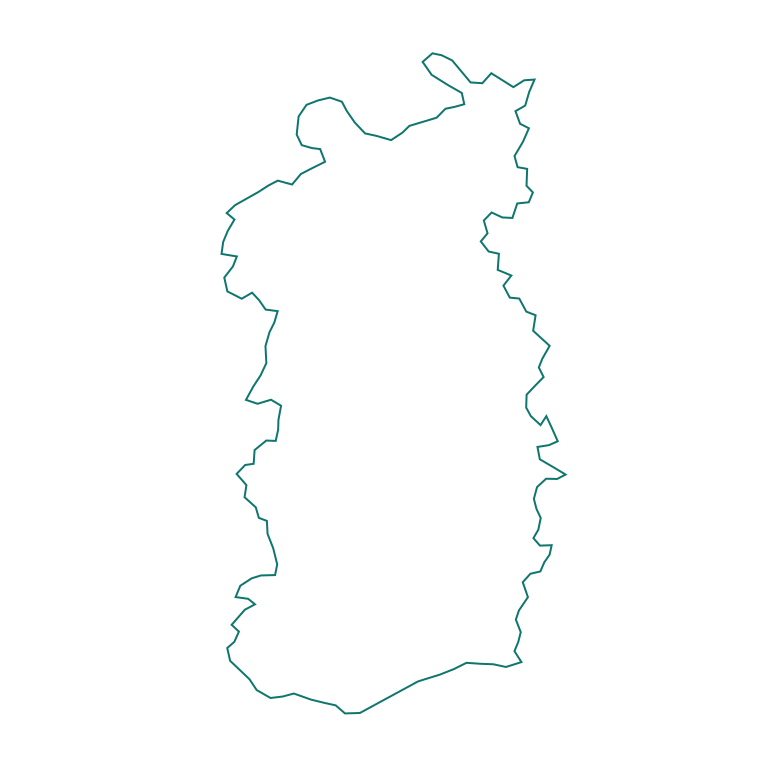 Selbach, Rio Grande do Sul, Brazil (Mercator projection), rotated 176°
{"feature_id": "56859067B5172394452496", "entity_name": "Selbach", "entity_type": "district", "adm_level": 2, "iso_a3": "BRA", "parent_name": "Brazil", "parent_adm1": "Rio Grande do Sul", "projection": "mercator", "projection_center": [-52.981, -28.675], "detail": "fine", "context": "isolated", "style": "outline", "palette": "teal", "viewbox_px": 768, "rotation_deg": 176, "n_neighbors": 0, "source": "geoboundaries", "source_scale": "gbopen_adm2", "svg_char_len": 2356}
<svg xmlns="http://www.w3.org/2000/svg" viewBox="0 0 768 768"><g transform="rotate(176 384 384)"><path d="M452.3,599.3L461.8,589.4L475.8,594.3L485.6,590.0L495.9,584.3L507.7,578.7L520.1,572.8L529.0,565.5L521.7,558.5L529.2,547.6L534.5,537.0L537.0,525.1L521.9,521.5L526.5,511.8L535.9,501.3L533.8,487.3L520.0,479.0L509.2,484.3L502.8,476.4L496.9,466.5L485.0,464.1L489.1,453.0L494.6,443.7L499.6,430.1L499.9,413.1L506.5,401.2L514.5,390.7L522.8,377.8L511.5,373.1L497.8,376.2L488.2,369.5L491.8,355.6L492.8,345.7L496.0,334.8L505.4,335.8L517.7,327.1L519.6,313.5L528.1,312.9L537.3,304.6L528.3,292.7L531.0,280.8L520.5,269.9L518.2,259.2L510.4,255.6L510.6,242.6L506.0,227.9L503.1,211.5L506.0,201.0L520.0,201.6L529.5,199.4L541.4,192.8L546.9,181.8L534.5,179.2L528.1,173.2L538.6,168.5L552.8,154.4L546.0,147.1L551.3,137.2L558.8,131.6L556.8,118.6L545.9,106.7L538.8,98.9L532.4,87.6L519.1,78.7L506.9,79.3L495.5,81.5L478.7,74.2L465.5,70.0L454.6,66.8L445.9,58.1L431.0,57.5L370.9,84.9L362.2,87.0L348.5,90.2L334.0,94.8L321.2,100.1L306.7,98.1L294.5,96.8L282.1,93.2L266.3,97.0L272.5,108.4L268.1,117.2L264.9,126.9L268.9,139.8L265.2,148.7L255.3,161.3L259.4,176.6L251.2,184.5L241.1,186.1L236.5,195.0L230.7,202.2L228.0,211.5L239.7,211.9L245.7,219.8L240.2,227.9L237.0,239.4L240.6,248.7L242.5,259.0L238.5,270.5L228.9,278.2L217.9,277.2L209.2,281.0L220.7,289.1L233.8,298.0L235.3,310.5L223.7,311.5L214.7,314.8L219.0,326.7L224.3,340.6L230.7,332.1L239.7,341.6L243.8,350.5L242.5,363.4L233.0,372.1L224.3,379.8L228.4,389.7L224.3,398.2L216.1,410.5L231.5,426.7L228.0,442.0L237.0,446.3L243.1,459.8L252.5,461.4L258.0,473.8L249.4,483.3L262.6,489.9L260.3,505.9L270.4,508.9L277.5,519.5L270.2,527.1L273.0,540.1L264.7,547.6L254.4,541.9L244.3,540.7L238.5,554.8L226.9,555.2L222.1,564.7L228.0,571.8L226.2,588.6L235.6,591.0L237.9,602.3L228.5,615.9L221.6,629.0L230.1,634.1L233.8,647.0L223.7,651.9L218.8,665.2L212.6,677.2L223.0,677.2L234.2,671.1L244.7,678.8L255.3,686.5L264.9,677.2L276.6,678.8L293.4,702.0L303.5,707.9L312.6,710.5L323.0,702.6L314.9,689.1L299.4,677.8L286.1,668.9L284.4,657.5L294.3,655.5L303.5,654.3L312.9,646.0L340.7,639.7L348.0,633.5L359.9,626.8L374.4,632.1L385.4,635.3L395.0,647.0L402.1,659.0L406.3,668.5L418.0,673.5L429.9,671.5L441.8,667.9L450.5,656.9L453.7,638.9L449.4,628.0L439.5,624.4L431.3,622.8L427.3,609.8L440.9,604.2L452.3,599.3Z" fill="none" stroke="#0f766e" stroke-width="2"/></g></svg>